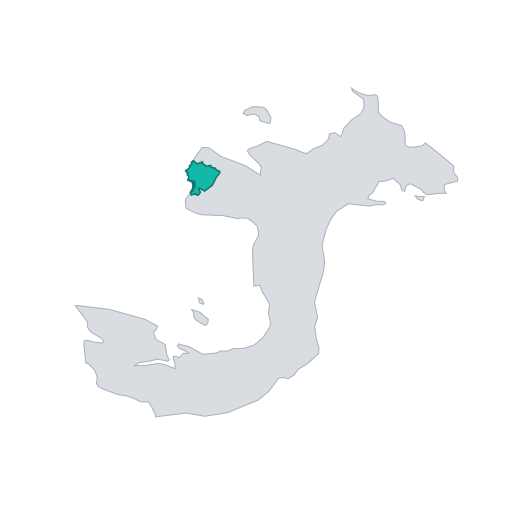 Tonosí, Los Santos, Panama (highlighted), rotated 129°
{"feature_id": "35544464B87180550672206", "entity_name": "Tonosí", "entity_type": "district", "adm_level": 2, "iso_a3": "PAN", "parent_name": "Panama", "parent_adm1": "Los Santos", "projection": "equal_earth", "projection_center": [-80.44, 7.396], "detail": "fine", "context": "in_parent", "style": "filled", "palette": "teal", "viewbox_px": 512, "rotation_deg": 129, "n_neighbors": 0, "source": "geoboundaries", "source_scale": "gbopen_adm2", "svg_char_len": 8095}
<svg xmlns="http://www.w3.org/2000/svg" viewBox="0 0 512 512"><g transform="rotate(129 256 256)"><path d="M444.2,232.8L442.9,234.1L439.2,241.4L437.1,247.6L442.0,254.2L443.5,261.2L446.3,268.8L450.7,276.5L455.5,290.7L456.7,296.4L455.3,300.1L450.7,302.3L446.4,309.0L445.3,317.1L446.1,321.1L433.2,334.0L429.9,336.2L427.7,334.2L424.9,327.7L421.6,322.4L419.8,320.6L418.8,320.5L417.8,321.7L417.3,324.6L419.1,336.7L417.6,341.7L413.3,345.5L408.3,365.3L406.3,362.8L389.7,336.1L375.3,303.1L372.3,288.2L376.0,287.3L379.6,287.6L381.5,285.3L383.8,281.0L381.9,270.9L388.9,263.2L391.5,258.0L393.4,258.6L398.0,267.4L404.6,272.5L412.7,279.8L417.8,281.5L411.4,273.8L400.4,263.7L397.3,257.0L394.4,247.8L390.1,251.8L388.1,255.1L385.9,257.1L384.0,254.8L383.6,251.8L377.1,251.2L375.5,248.5L373.8,247.0L374.6,252.7L375.8,256.3L375.2,260.6L373.1,260.9L371.2,256.4L368.9,252.4L365.8,235.6L358.5,227.7L355.1,225.0L352.3,224.0L348.2,218.7L342.8,215.8L335.5,207.4L326.4,201.4L315.4,199.3L302.0,200.6L297.5,203.9L294.4,208.2L293.0,210.1L285.1,215.0L282.1,222.0L280.2,227.9L276.3,234.6L280.8,238.6L255.0,261.4L249.9,264.7L238.3,267.0L235.6,269.5L232.1,274.0L231.6,280.8L232.1,286.7L235.5,291.2L238.5,294.0L245.7,307.6L258.5,324.7L260.9,330.9L262.9,340.2L259.0,344.5L256.0,346.4L243.9,347.1L239.7,350.8L238.0,356.4L233.4,361.1L217.7,365.6L205.4,366.1L201.6,360.9L200.7,346.0L192.4,320.6L190.4,303.1L188.3,305.3L183.9,307.3L182.4,311.7L181.3,324.6L179.7,329.0L176.3,328.5L169.3,323.9L160.1,319.7L148.3,292.3L147.0,287.2L144.7,281.1L135.6,278.5L127.8,273.9L119.3,273.2L115.0,275.8L110.6,272.5L109.8,265.0L100.9,268.3L89.5,267.2L79.2,264.0L72.3,265.7L66.4,271.0L67.2,284.6L65.4,287.3L65.2,281.7L63.2,275.3L60.7,270.0L55.6,264.5L55.3,262.5L57.4,259.7L66.7,251.8L67.9,248.5L68.1,241.6L67.2,234.9L63.0,225.2L65.4,219.2L70.2,214.4L75.2,210.6L76.0,208.9L75.1,205.6L72.3,202.1L65.5,196.0L61.5,195.6L61.3,178.1L61.6,159.6L62.6,157.8L65.1,156.7L67.1,153.8L68.2,148.4L71.2,146.4L76.5,150.6L81.9,154.4L84.2,153.1L85.9,151.3L87.1,149.5L87.5,147.8L91.8,152.8L100.7,161.5L101.2,165.8L100.4,170.0L102.8,181.8L107.4,183.5L112.0,181.2L113.2,183.4L112.3,185.6L109.9,188.1L109.3,198.3L116.9,203.0L120.7,207.2L133.4,205.2L138.0,206.3L141.2,205.1L137.7,197.0L133.0,190.9L133.4,188.2L137.0,190.2L139.7,194.3L145.9,199.4L157.3,217.2L170.4,221.5L180.8,220.9L190.5,218.5L205.9,211.6L217.1,199.1L226.0,193.6L254.9,181.7L265.1,169.4L269.4,167.7L273.6,166.2L282.6,156.8L287.5,149.5L292.6,145.9L307.9,148.5L317.8,151.9L324.6,151.5L331.1,153.9L334.0,159.3L337.0,161.5L353.1,160.9L366.4,163.6L395.4,179.3L412.7,194.9L422.0,211.4L444.2,232.8ZM153.2,355.7L149.4,356.2L141.7,352.2L136.1,344.5L135.6,342.0L135.8,339.5L138.9,331.6L143.0,328.9L144.6,328.9L148.5,338.0L145.8,341.5L146.9,347.1L152.5,351.3L153.2,355.7ZM339.5,268.4L338.1,272.3L334.9,263.6L335.4,261.3L335.1,253.4L338.2,251.3L340.5,251.2L342.3,252.3L343.5,261.6L342.6,265.8L339.5,268.4ZM110.1,165.9L109.3,170.3L104.1,162.5L107.2,161.2L108.3,161.4L110.1,165.9ZM328.0,270.3L324.9,274.4L323.7,270.5L325.8,266.4L326.6,266.4L328.0,270.3Z" fill="#d9dde1" stroke="#a8b0b8" stroke-width="1"/><path d="M245.8,342.5L245.8,342.3L245.7,342.2L246.0,342.0L245.7,341.9L245.6,341.6L245.6,341.4L245.7,341.2L245.8,341.1L245.9,340.9L245.9,340.3L245.8,340.2L245.7,340.3L245.6,339.7L245.4,339.6L245.1,339.6L245.0,339.3L244.8,339.1L241.4,339.4L239.6,343.2L239.3,343.1L239.0,342.6L239.0,342.4L238.9,342.3L238.8,342.0L238.6,341.8L238.6,341.6L238.6,341.3L238.5,341.0L238.4,341.0L238.4,340.9L238.4,340.5L238.3,340.4L238.4,340.2L238.1,339.5L238.1,339.4L238.1,339.2L238.3,339.1L238.1,338.8L238.1,338.3L238.2,338.1L237.8,336.7L228.3,334.4L220.3,336.3L214.0,336.5L213.6,336.8L213.5,337.3L213.3,337.5L213.0,337.9L213.2,338.2L213.4,338.3L213.4,339.1L213.7,339.3L213.9,339.6L214.0,340.2L214.3,340.7L214.3,340.9L214.4,341.0L214.0,341.3L213.9,341.7L213.7,341.9L213.7,342.2L213.5,342.3L213.3,342.9L213.3,343.0L213.4,343.4L214.0,343.8L214.1,344.1L214.4,344.2L214.6,344.7L214.4,344.8L214.6,345.4L214.8,345.5L214.7,345.6L214.7,345.9L215.0,346.1L215.3,346.7L215.2,346.9L214.9,347.1L214.7,347.3L214.2,347.8L214.1,348.1L214.5,348.7L214.8,348.9L215.3,349.1L215.7,349.7L215.9,349.7L216.1,349.9L216.4,349.9L216.6,350.0L216.9,350.4L217.0,350.6L217.0,350.9L217.5,351.6L217.7,352.2L217.7,352.7L217.3,353.1L217.6,354.1L217.6,354.9L217.6,355.1L216.9,356.2L216.6,356.8L216.7,357.0L216.8,356.5L217.0,356.2L217.5,355.9L218.2,356.4L218.2,356.6L218.2,356.9L218.2,357.1L218.6,357.6L218.9,358.3L219.2,358.4L219.6,358.5L219.9,358.9L220.1,359.0L220.6,359.0L220.8,358.9L221.1,359.0L221.2,359.3L221.2,359.7L221.3,359.9L221.4,360.6L221.3,361.2L221.4,361.4L221.3,361.8L221.5,362.3L221.5,362.5L221.4,362.5L221.5,363.0L221.3,363.6L221.5,363.9L221.4,364.3L221.4,364.8L222.0,365.0L222.7,364.6L223.4,364.9L223.5,365.2L223.6,365.3L224.0,364.9L224.2,364.6L224.3,364.6L224.3,364.4L224.6,364.3L224.7,364.0L224.9,363.9L225.2,364.0L225.3,363.9L226.0,363.9L226.6,364.1L227.3,364.5L227.7,364.5L227.8,364.4L228.1,363.8L228.3,363.6L228.5,363.4L228.7,363.2L229.1,363.5L229.5,363.3L229.9,363.3L230.3,363.4L230.6,363.6L231.0,363.5L231.5,363.7L232.0,363.7L233.0,364.0L233.3,364.2L233.5,364.2L233.5,364.3L233.6,364.2L233.8,364.0L234.0,364.0L234.1,363.8L234.0,363.7L234.2,363.4L234.3,363.5L234.3,363.4L234.3,363.1L234.2,362.9L234.4,362.6L234.5,362.6L234.7,362.2L234.4,361.7L234.7,361.1L234.6,360.8L234.4,360.5L234.1,360.4L234.3,360.4L234.6,360.6L234.7,361.1L234.8,361.2L235.5,361.0L236.2,360.6L236.0,360.2L236.1,359.9L236.3,359.4L236.4,358.8L236.6,358.3L237.1,357.9L238.0,357.4L239.3,357.1L240.0,356.9L240.0,356.4L239.7,356.2L239.6,355.9L239.3,355.7L239.2,355.5L239.4,354.8L239.5,354.5L239.4,354.3L239.3,354.1L239.1,353.9L238.5,353.9L238.6,353.7L238.4,353.5L238.1,353.5L238.0,353.4L237.8,352.9L237.4,352.9L237.3,352.7L237.4,352.8L237.8,352.8L238.0,353.4L238.3,353.4L238.4,353.1L238.3,352.7L238.2,352.2L238.2,351.8L238.0,352.2L237.9,352.3L237.8,352.2L237.7,351.7L237.4,351.6L237.3,351.4L237.1,351.3L237.0,350.8L236.8,350.8L236.8,350.6L237.0,350.5L236.9,350.4L236.8,350.5L236.8,350.4L237.0,350.5L236.8,350.7L236.9,350.8L237.0,350.8L237.1,351.2L237.3,351.3L237.5,351.5L237.8,351.7L237.8,352.2L238.0,352.1L238.1,351.7L238.4,352.5L238.5,352.2L238.8,351.0L238.7,350.6L238.4,350.3L238.3,350.6L238.2,350.7L238.1,350.4L237.9,350.3L237.9,350.1L237.7,350.4L237.8,350.1L237.9,350.3L238.1,350.4L238.2,350.6L238.3,350.3L238.5,350.3L238.6,350.5L238.8,350.2L238.4,350.3L238.3,350.2L238.5,349.8L238.4,349.8L238.3,349.7L238.3,349.2L238.2,349.2L238.1,349.4L237.9,349.4L237.7,349.6L237.7,349.4L237.6,349.1L237.6,349.3L237.7,349.6L237.9,349.3L238.1,349.3L238.2,349.1L238.3,349.2L238.3,349.7L238.7,349.7L238.3,350.1L238.7,350.0L238.8,350.1L239.2,349.9L239.4,349.7L239.3,349.2L239.0,349.3L238.9,349.2L238.9,348.9L238.7,348.9L238.9,348.8L239.0,349.2L239.0,348.8L239.2,348.7L239.5,348.4L239.7,348.6L239.7,348.4L239.9,348.2L240.0,348.4L240.1,348.2L240.4,348.1L240.4,347.9L240.5,347.9L240.6,347.6L240.3,347.5L240.5,347.4L240.7,347.6L240.5,347.8L240.5,348.0L240.4,347.9L240.5,348.0L240.4,348.1L240.2,348.2L240.2,348.3L239.9,348.2L239.7,348.4L239.7,348.6L239.3,348.7L239.0,348.9L239.4,349.2L239.5,349.8L240.1,349.5L240.1,349.3L240.3,349.4L240.5,348.9L241.4,348.3L241.4,348.0L241.6,347.7L241.4,347.4L241.2,347.3L241.2,347.2L241.3,347.3L241.4,347.2L241.5,347.1L241.4,347.3L241.6,347.7L241.8,347.8L242.0,347.7L242.7,347.4L242.9,346.8L242.8,346.7L242.9,346.9L242.8,347.3L243.4,347.2L243.7,346.9L243.4,346.8L243.5,346.7L243.8,346.8L244.0,346.5L244.0,346.4L244.4,346.3L244.6,346.4L244.6,346.1L245.1,346.3L245.3,346.5L245.6,346.1L245.7,345.6L245.7,346.2L246.1,346.4L247.0,347.3L247.8,347.2L247.8,346.9L249.4,344.7L245.8,342.5ZM245.7,347.0L244.6,347.0L243.8,347.4L243.5,347.7L243.2,347.6L242.3,347.7L241.9,347.9L241.5,347.8L241.4,348.4L241.2,348.5L240.7,348.9L240.5,349.3L240.4,349.5L240.1,349.3L240.1,349.6L239.7,350.0L239.5,349.9L239.2,350.1L238.9,350.3L239.1,350.8L239.0,351.2L239.0,351.5L238.9,351.6L238.8,351.9L239.1,351.8L239.4,351.2L239.9,350.5L240.3,350.1L240.6,349.9L241.2,349.1L241.8,348.7L242.9,348.1L243.8,347.7L245.2,347.5L245.7,347.2L245.7,347.0Z" fill="#14b8a6" stroke="#0f766e" stroke-width="1.5"/></g></svg>